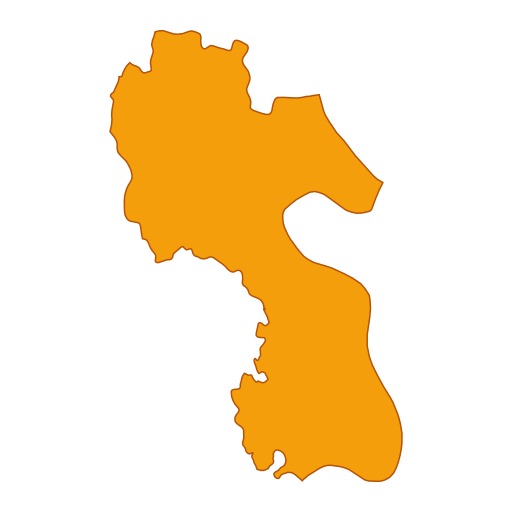 Nha Be, Hồ Chí Minh city, Vietnam
{"feature_id": "81297802B80984092880643", "entity_name": "Nha Be", "entity_type": "district", "adm_level": 2, "iso_a3": "VNM", "parent_name": "Vietnam", "parent_adm1": "Hồ Chí Minh city", "projection": "robinson", "projection_center": [106.723, 10.651], "detail": "fine", "context": "isolated", "style": "filled", "palette": "amber", "viewbox_px": 512, "rotation_deg": 0, "n_neighbors": 0, "source": "geoboundaries", "source_scale": "gbopen_adm2", "svg_char_len": 6025}
<svg xmlns="http://www.w3.org/2000/svg" viewBox="0 0 512 512"><path d="M142.5,238.7L145.6,239.5L146.7,240.2L148.2,242.4L150.6,248.2L151.9,250.2L155.2,254.3L155.7,255.5L155.7,257.7L155.3,260.9L155.5,261.7L156.8,262.6L158.5,262.6L166.6,259.9L170.0,259.6L171.3,259.0L172.6,257.3L173.0,255.0L173.5,253.9L175.0,252.3L181.4,247.0L182.2,246.6L182.9,246.6L185.8,249.6L186.6,249.8L189.7,248.9L191.1,248.9L191.8,249.7L193.2,254.1L193.8,254.9L194.8,255.8L195.8,256.2L197.7,256.7L200.6,258.3L202.4,258.8L204.3,258.8L206.0,258.5L209.4,257.1L210.8,256.9L212.3,257.1L213.8,257.9L222.8,264.2L225.5,266.6L227.3,268.7L228.8,270.1L230.7,271.4L232.5,272.0L234.0,271.9L236.5,270.6L238.3,270.3L239.5,270.5L240.6,271.1L241.9,272.8L242.5,275.5L242.7,279.1L242.4,281.3L242.5,283.8L243.6,285.7L245.0,286.4L246.5,287.8L247.8,289.5L249.3,293.6L250.4,294.8L252.3,296.0L257.5,298.1L260.0,299.4L261.1,300.6L262.6,302.6L263.6,305.0L263.8,306.9L264.9,309.0L264.3,308.8L263.7,308.9L263.9,310.0L267.3,316.8L268.1,319.7L269.2,322.2L268.4,323.5L266.5,325.2L265.8,325.6L264.5,325.6L261.5,323.2L260.0,322.7L259.6,322.7L258.7,323.2L258.2,324.0L256.2,333.7L256.2,334.9L256.3,335.6L257.3,336.7L258.0,337.0L260.6,337.6L263.3,337.6L264.4,337.8L265.3,339.4L265.4,340.6L264.7,342.2L262.7,345.0L260.9,347.1L260.3,348.4L260.1,349.7L260.4,351.7L260.5,355.2L260.4,355.9L259.1,357.8L258.6,359.3L257.8,360.3L257.4,360.4L257.0,360.3L255.1,358.5L254.8,358.6L254.3,359.4L254.1,360.5L254.3,362.0L256.2,367.3L256.9,370.0L258.4,373.0L258.7,373.4L259.1,373.5L261.2,372.1L262.2,371.7L264.9,372.7L265.1,372.9L265.5,374.4L266.4,375.7L268.1,379.3L265.3,381.8L264.0,382.6L263.0,382.7L260.9,382.3L258.0,381.0L257.2,381.9L256.3,382.1L255.5,381.5L253.5,379.2L252.6,377.7L251.9,375.7L251.4,375.1L250.8,375.0L248.2,375.2L244.6,373.3L243.9,374.0L242.4,376.6L241.9,377.8L241.2,381.3L240.4,383.9L240.3,386.5L240.1,387.6L239.5,388.5L238.1,389.1L234.0,389.4L233.1,389.7L231.8,390.4L231.3,391.4L231.4,394.0L231.8,397.0L232.9,400.3L235.2,404.4L238.8,408.7L239.0,409.9L238.9,411.0L237.9,412.9L236.3,414.8L235.1,417.2L234.9,419.0L235.2,421.4L235.9,422.5L237.3,423.9L241.8,427.2L243.1,428.9L243.6,430.1L243.8,438.0L242.8,441.8L242.6,442.9L242.8,444.5L243.2,445.5L245.0,447.8L245.9,450.6L246.4,451.8L247.8,453.2L248.6,453.7L249.6,453.8L250.6,453.6L252.0,452.8L252.8,452.9L252.9,453.7L251.8,455.6L252.0,457.2L252.3,458.1L253.7,460.7L254.1,462.8L255.3,464.7L256.0,466.2L256.6,468.3L257.2,469.5L259.3,469.9L260.7,470.5L262.1,470.3L263.2,470.5L265.3,469.9L267.5,468.8L267.9,468.8L269.8,465.8L272.1,464.2L273.4,462.6L273.7,461.3L273.0,459.0L273.0,458.2L273.6,456.3L273.2,453.8L274.1,452.1L275.0,450.7L276.0,450.2L277.1,450.0L278.8,450.3L280.6,451.0L281.6,451.6L283.2,453.0L284.0,454.0L285.2,456.6L285.9,459.7L285.8,461.2L285.5,463.1L284.3,465.2L283.6,466.0L280.7,467.7L278.2,470.5L275.4,472.0L274.6,472.6L274.1,473.4L273.9,474.2L274.1,475.2L274.5,476.2L275.4,477.4L276.6,478.2L277.4,478.4L278.6,478.4L279.2,478.0L280.8,475.3L282.0,474.3L287.5,472.4L290.4,472.4L292.4,472.9L295.4,474.7L302.3,480.8L303.6,479.2L304.9,478.3L307.7,475.7L318.4,469.0L319.9,468.1L324.9,465.9L328.5,465.3L331.6,465.4L339.7,466.5L343.8,467.5L349.0,469.5L364.6,479.8L368.8,481.0L378.1,481.3L381.5,481.0L385.2,479.8L389.4,477.5L393.5,473.2L396.2,468.0L398.5,461.4L400.0,455.6L401.2,449.3L401.9,443.3L402.0,433.5L400.4,423.9L399.1,418.6L397.5,413.6L393.1,402.7L390.5,397.9L383.9,387.2L377.9,376.3L372.3,365.0L369.3,356.5L367.2,345.9L367.2,334.7L369.7,317.4L370.5,308.2L370.0,299.9L369.2,295.1L364.8,288.4L360.7,283.7L353.3,278.6L344.1,273.7L332.0,268.1L325.3,265.9L314.8,262.8L312.0,261.6L306.8,258.6L303.9,256.4L300.1,252.2L296.7,247.9L289.8,238.3L287.5,234.1L284.4,227.2L283.3,223.2L282.7,218.6L282.9,213.8L283.4,212.2L284.6,209.4L290.9,203.9L296.4,199.6L304.1,195.1L310.0,192.2L314.8,191.5L318.5,192.3L322.6,193.7L324.4,194.6L328.1,197.1L344.9,209.4L346.8,210.5L351.8,212.2L356.4,213.2L360.8,213.1L363.5,212.7L368.3,211.6L370.4,210.8L371.6,209.4L375.9,197.8L379.2,190.1L382.9,182.6L377.2,179.2L373.2,175.6L355.4,155.8L344.1,140.9L336.6,132.7L329.5,122.1L325.3,115.1L323.6,110.9L319.2,94.7L312.7,95.6L310.2,96.2L306.2,96.5L300.0,97.8L296.9,98.0L292.5,97.9L284.5,97.4L277.7,97.4L276.4,98.0L275.2,99.1L274.5,100.6L273.4,103.1L272.5,106.9L272.0,110.0L271.3,112.3L270.2,113.6L268.7,114.4L266.1,114.4L261.9,113.4L256.5,111.6L252.9,110.2L250.8,108.7L250.4,108.2L250.3,107.1L250.8,102.2L250.5,100.3L249.7,97.6L247.3,92.8L246.9,91.1L246.7,89.6L246.8,88.2L249.6,81.0L249.9,79.4L249.8,76.5L249.4,74.8L248.2,71.2L243.5,64.6L242.8,62.8L242.4,60.2L243.0,57.7L247.0,51.8L247.7,50.0L248.1,48.4L248.1,47.2L247.7,45.9L246.6,44.7L240.3,41.3L237.9,40.5L236.0,40.3L234.7,40.8L233.5,42.2L232.8,44.0L231.5,48.8L230.6,50.2L229.2,50.6L226.9,50.1L224.3,49.1L218.9,47.8L212.9,45.8L211.7,45.6L210.3,45.7L208.2,46.9L205.9,48.5L204.8,48.8L203.8,48.7L202.3,47.8L201.3,45.8L200.9,43.5L200.7,40.8L200.9,37.9L200.7,35.9L200.2,34.7L199.6,33.9L198.1,33.0L196.2,32.2L192.2,31.0L190.4,31.1L186.9,32.1L182.9,33.6L177.7,34.2L173.9,34.0L163.2,30.7L159.4,30.8L155.1,31.9L153.9,36.7L152.4,40.6L151.7,44.6L152.0,46.2L153.0,49.2L153.2,51.5L152.9,53.1L151.1,58.6L150.6,61.2L150.5,63.3L151.3,69.2L151.2,70.6L149.9,71.3L145.1,72.8L143.4,72.8L142.5,72.2L141.5,71.2L139.7,68.5L138.9,67.6L136.4,66.2L134.0,65.4L132.2,64.6L129.8,62.6L126.9,65.7L125.1,68.5L123.0,72.7L121.9,76.4L119.0,76.7L119.0,78.3L118.3,81.6L113.5,92.3L111.9,93.4L111.2,94.2L110.7,95.0L110.5,95.7L110.5,96.2L110.7,96.6L113.0,99.3L113.4,100.1L113.5,101.1L113.4,102.4L112.3,108.2L111.8,112.0L111.7,115.7L112.0,119.2L111.6,124.1L111.2,126.6L110.0,131.6L115.1,138.1L116.5,140.9L117.2,143.9L117.1,148.1L117.6,151.0L117.9,152.0L118.7,153.3L121.0,156.0L126.0,161.0L127.2,162.7L129.8,167.6L130.8,169.8L132.0,174.6L132.1,177.0L131.7,179.2L130.5,181.7L128.3,185.3L126.6,189.0L125.5,192.6L124.7,196.1L124.4,199.5L124.3,203.0L124.5,211.0L125.0,214.7L126.6,218.1L127.9,219.7L129.2,220.7L130.6,221.2L138.4,222.8L139.2,223.3L139.9,224.2L140.6,226.8L141.5,233.4L142.5,238.7Z" fill="#f59e0b" stroke="#b45309" stroke-width="1.5"/></svg>